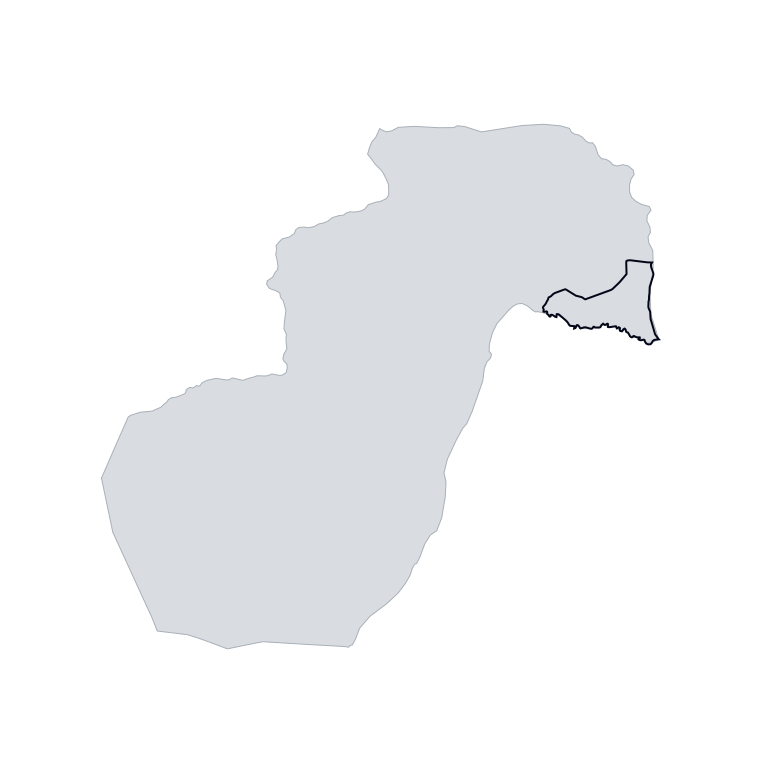 Ñeembucú on a map of Paraguay (Natural Earth projection), rotated 259°
{"feature_id": "PRY-610", "entity_name": "Ñeembucú", "entity_type": "Department", "adm_level": 1, "iso_a3": "PRY", "parent_name": "Paraguay", "parent_adm1": "", "projection": "natural_earth1", "projection_center": [-58.039, -26.618], "detail": "fine", "context": "in_parent", "style": "outline", "palette": "ink", "viewbox_px": 768, "rotation_deg": 259, "n_neighbors": 0, "source": "natural_earth", "source_scale": "10m", "svg_char_len": 5768}
<svg xmlns="http://www.w3.org/2000/svg" viewBox="0 0 768 768"><g transform="rotate(259 384 384)"><path d="M401.6,151.3L402.9,156.5L403.7,160.5L405.7,163.4L407.7,167.2L409.7,169.3L411.1,172.8L410.7,176.8L411.5,182.0L412.5,186.5L413.5,187.7L416.3,188.9L417.8,192.9L416.7,195.0L417.1,197.4L418.2,199.7L417.2,201.9L417.7,203.6L419.7,205.2L421.4,210.8L421.6,220.5L419.6,225.7L418.1,229.9L417.7,232.5L418.9,236.3L416.9,240.8L414.5,246.2L415.1,250.0L415.5,253.6L415.7,257.3L416.3,260.9L415.5,264.7L414.7,268.0L414.3,271.7L415.3,276.0L413.5,280.0L412.5,282.8L412.1,285.7L413.9,290.2L418.4,292.1L422.0,292.5L425.4,290.2L428.0,289.5L432.7,291.6L437.1,295.4L442.6,295.8L447.6,296.5L451.4,297.7L456.9,296.3L462.7,297.7L469.4,299.9L474.9,301.7L480.5,301.3L484.7,301.0L489.0,298.9L493.2,299.1L496.4,295.4L498.2,292.1L499.8,289.7L504.3,287.8L507.5,289.0L510.1,295.1L514.6,298.7L516.4,301.3L519.8,302.4L527.1,302.7L531.7,302.4L536.8,304.3L540.2,304.3L543.1,307.6L545.9,311.7L546.3,319.0L548.8,324.7L552.2,326.8L553.9,330.3L553.3,335.3L551.7,340.2L551.9,345.7L553.6,350.6L553.6,355.6L554.8,360.6L557.1,364.8L557.9,371.7L557.5,376.6L559.0,379.5L559.6,383.5L558.6,386.8L558.2,391.3L558.4,395.3L559.5,398.6L563.1,402.9L564.0,410.4L564.0,415.6L565.6,421.8L568.5,424.6L573.2,425.6L578.8,426.5L585.5,425.1L591.4,423.4L594.8,421.8L601.3,417.3L607.1,414.7L610.1,413.0L612.8,411.8L618.5,414.7L623.9,418.2L628.0,423.2L635.6,428.6L634.1,430.0L631.0,434.4L631.0,439.6L633.2,447.1L631.1,463.0L625.0,487.2L622.4,501.4L623.5,505.4L621.2,512.5L612.9,527.7L612.5,537.9L611.4,568.6L608.5,590.3L603.8,606.3L599.5,614.9L595.8,615.9L593.0,618.5L591.4,622.5L588.3,625.9L583.8,628.6L581.4,631.6L581.0,634.8L576.7,636.9L568.5,637.8L563.7,640.4L562.3,644.6L559.5,648.0L555.5,650.5L553.5,654.6L553.7,660.3L551.4,665.3L546.5,669.4L542.0,669.5L538.0,665.6L532.5,663.0L525.7,661.7L519.9,662.7L515.3,666.0L511.2,671.1L507.6,678.2L503.7,679.3L499.4,674.6L493.9,673.2L487.2,675.0L481.9,674.4L478.0,671.2L471.9,670.9L463.8,673.3L447.2,670.5L422.3,662.4L401.2,659.3L375.4,662.2L373.2,653.7L374.6,649.2L378.8,645.7L381.4,641.8L382.4,637.5L385.3,634.1L390.1,631.9L392.1,629.5L391.4,627.2L392.4,625.1L395.1,623.3L396.6,620.5L397.0,616.6L398.0,614.7L399.9,613.3L400.1,610.6L399.0,602.3L399.2,595.5L400.4,590.2L402.0,587.0L403.2,586.2L404.2,584.3L404.6,581.1L406.3,578.1L414.6,572.0L417.7,568.7L418.0,565.7L419.2,561.6L424.1,552.7L425.7,548.6L425.8,546.6L427.5,544.4L433.5,539.5L436.7,534.9L437.2,530.6L435.8,525.7L432.4,520.2L421.8,506.5L413.6,500.2L403.1,495.1L396.2,493.4L392.8,495.2L389.4,493.8L386.0,489.2L380.2,485.5L368.1,481.5L340.4,465.4L329.3,457.7L325.6,452.9L315.2,444.3L298.2,431.9L285.2,425.9L276.1,426.2L261.6,422.6L241.6,415.1L230.0,407.8L226.9,400.7L219.4,393.6L207.7,386.5L201.6,381.8L201.1,379.5L197.6,376.6L191.1,373.0L184.0,366.8L176.1,358.0L167.7,344.5L158.8,326.1L149.2,313.7L139.0,307.3L133.9,303.1L133.9,301.0L132.4,299.1L133.7,295.5L137.3,281.6L142.4,261.3L147.8,240.4L154.2,215.7L154.1,198.2L153.9,179.7L163.2,164.6L169.7,153.8L175.3,143.5L181.0,126.0L184.8,114.3L199.6,111.5L224.6,105.4L237.1,102.4L263.4,96.0L290.2,89.5L318.3,89.1L345.5,88.7L366.6,103.2L382.7,114.3L400.4,126.6L401.6,129.2L402.8,139.5L401.6,151.3Z" fill="#d9dde1" stroke="#a8b0b8" stroke-width="1"/><path d="M403.8,582.7L404.4,581.9L404.9,580.4L405.5,578.0L406.1,577.3L409.9,575.8L411.9,574.5L418.8,569.0L419.5,567.8L419.6,566.9L416.8,566.0L417.3,564.9L419.3,563.0L419.7,562.5L420.0,561.7L420.0,560.9L418.6,560.4L418.5,559.9L418.6,559.4L419.9,558.8L421.1,558.1L421.9,557.5L422.1,557.6L423.6,557.9L423.9,557.8L424.2,557.6L424.3,557.3L424.3,556.8L424.2,555.6L424.3,555.0L424.4,554.7L424.6,554.4L424.9,554.4L425.2,554.4L426.4,554.9L426.8,555.0L427.2,554.9L428.4,554.6L428.8,554.6L429.2,554.8L429.7,555.3L430.5,556.4L431.3,557.4L432.6,558.6L434.0,559.6L435.6,561.0L436.2,561.4L437.4,562.0L437.6,562.3L437.8,562.8L437.9,563.5L438.1,564.1L438.4,564.8L439.9,567.0L440.7,569.0L442.4,579.4L442.3,580.2L442.0,580.7L434.1,589.2L431.8,594.1L431.1,595.2L429.9,596.3L428.7,597.7L432.9,624.1L433.2,625.3L433.8,626.7L438.7,634.3L445.5,642.9L445.9,643.1L456.7,644.9L458.4,645.4L458.8,646.6L458.5,649.3L453.2,665.6L452.1,670.3L451.1,669.4L450.6,669.0L449.3,668.6L449.1,668.6L447.5,668.6L441.5,669.5L440.0,669.3L439.6,669.2L438.7,668.8L429.1,663.6L428.4,663.3L422.4,661.9L419.8,661.0L417.2,660.4L416.3,660.2L414.5,659.4L411.0,658.6L409.9,658.3L408.0,658.2L404.5,659.0L403.6,659.0L397.1,658.1L381.0,659.6L375.7,662.1L375.4,662.3L375.7,658.8L375.6,657.3L374.8,655.9L373.4,654.8L372.6,653.9L372.2,653.0L372.5,650.9L373.4,649.4L374.7,648.6L377.7,648.0L378.0,647.3L377.9,646.2L377.9,644.9L378.0,644.3L378.2,643.7L378.5,643.2L378.9,642.7L379.4,642.3L379.8,642.6L379.9,643.1L379.9,643.4L380.0,643.6L380.4,643.9L380.9,644.0L381.1,643.7L381.2,642.5L381.3,642.0L381.5,641.4L382.0,640.4L383.1,639.0L383.5,638.0L382.7,637.1L382.5,636.2L383.0,635.3L383.9,634.6L386.6,633.8L387.9,633.3L388.4,632.4L389.0,631.7L390.4,631.6L391.7,631.4L392.5,630.7L392.1,629.5L391.0,628.6L390.3,627.6L391.0,626.0L392.0,625.7L393.1,626.1L394.1,626.2L394.9,625.3L394.7,624.7L394.2,623.9L394.1,623.2L395.1,622.9L395.8,622.9L396.3,622.8L396.5,622.4L396.7,616.9L396.9,615.5L397.2,614.7L397.4,614.6L397.7,614.8L399.6,615.2L400.3,615.2L400.6,614.7L400.4,614.1L400.1,613.5L399.8,612.9L399.8,612.0L400.0,611.8L401.0,611.0L401.4,610.6L401.1,610.2L400.6,609.2L400.2,608.6L398.9,607.6L398.5,607.2L398.3,605.9L398.5,604.9L398.8,603.7L399.0,602.5L399.2,601.9L400.0,601.3L400.2,600.5L398.8,599.1L398.6,598.2L399.0,597.0L401.0,593.2L401.3,592.2L401.4,591.0L401.1,588.7L401.1,587.5L401.6,587.0L402.5,586.8L403.9,586.2L404.9,585.3L404.9,584.4L404.0,583.7L403.1,583.2L402.4,582.5L402.2,581.2L402.8,581.4L403.3,581.7L403.6,582.1L403.8,582.7Z" fill="none" stroke="#020617" stroke-width="2"/></g></svg>